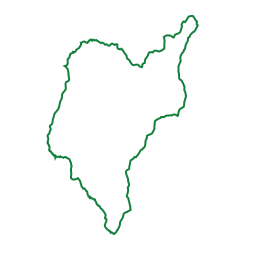 Salento, Quindío, Colombia, rotated 353°
{"feature_id": "7082276B37195114642514", "entity_name": "Salento", "entity_type": "district", "adm_level": 2, "iso_a3": "COL", "parent_name": "Colombia", "parent_adm1": "Quindío", "projection": "equal_earth", "projection_center": [-75.548, 4.594], "detail": "fine", "context": "isolated", "style": "outline", "palette": "green", "viewbox_px": 256, "rotation_deg": 353, "n_neighbors": 0, "source": "geoboundaries", "source_scale": "gbopen_adm2", "svg_char_len": 5703}
<svg xmlns="http://www.w3.org/2000/svg" viewBox="0 0 256 256"><g transform="rotate(353 128 128)"><path d="M46.3,132.8L46.7,133.1L46.6,133.5L46.6,133.8L46.9,134.1L47.1,135.1L47.4,135.3L47.4,135.8L47.6,135.9L47.6,136.4L47.8,136.8L47.9,137.2L47.5,138.4L47.4,139.7L47.0,140.4L47.2,140.9L47.4,141.1L47.6,141.0L48.1,141.4L48.0,141.7L48.3,142.1L48.7,142.2L49.0,142.9L49.0,143.1L49.4,143.8L49.5,143.7L50.1,144.1L50.6,145.8L51.1,146.2L51.9,146.6L51.8,147.2L52.0,147.2L52.0,146.9L52.3,146.6L52.4,146.2L52.6,146.3L52.4,148.5L52.7,148.1L53.4,148.2L54.4,147.9L55.4,147.9L56.2,148.5L56.5,148.6L57.0,148.4L57.4,148.0L57.7,148.5L58.3,148.6L60.3,149.7L61.0,149.3L61.9,149.1L62.5,149.2L63.0,149.5L63.4,150.2L64.2,150.5L65.6,151.5L66.1,152.2L66.5,153.3L66.6,154.3L67.2,155.6L67.1,157.8L67.4,158.8L67.4,159.3L66.7,160.4L66.4,161.7L66.2,163.4L66.2,166.3L65.4,169.9L65.4,171.0L66.8,172.2L67.6,172.5L70.0,172.5L72.2,171.7L74.0,174.8L74.4,177.6L74.7,178.7L74.7,179.9L75.0,180.8L75.7,181.7L76.2,182.8L77.1,182.6L77.5,182.7L78.6,185.0L79.1,185.7L79.7,186.1L79.8,188.8L80.5,191.2L81.3,191.2L82.3,191.9L82.4,192.4L81.5,192.7L81.5,193.0L81.9,193.2L83.7,193.3L84.2,193.6L84.9,194.5L85.4,194.7L86.1,194.6L86.4,194.8L86.5,195.2L86.5,195.3L86.1,195.1L86.8,196.7L87.3,197.7L87.8,200.0L88.8,200.7L89.0,201.0L89.2,201.8L90.4,202.3L90.7,203.6L91.0,204.2L92.6,206.1L93.4,207.3L94.8,210.2L95.1,211.2L95.1,212.4L94.1,214.7L94.4,215.2L95.2,215.5L95.6,216.3L95.1,217.9L94.0,219.9L93.1,221.7L93.3,223.3L94.3,225.1L95.7,226.7L96.3,227.3L96.7,227.8L97.6,228.1L97.8,228.7L97.9,229.7L98.1,230.0L98.4,230.0L99.0,229.6L99.7,229.9L99.9,230.0L100.3,230.8L100.7,231.1L101.0,231.5L102.9,230.5L103.5,229.9L104.4,228.5L104.9,228.2L105.7,227.2L107.3,224.9L108.1,223.2L108.7,220.4L112.1,215.9L113.0,213.3L113.6,212.3L116.0,211.3L116.9,211.3L118.3,210.4L120.1,210.0L120.6,209.6L120.5,207.1L120.8,205.8L120.4,204.5L120.3,202.0L119.8,199.3L119.8,198.0L119.7,197.5L118.6,196.0L118.5,195.4L118.8,194.4L119.7,192.7L120.6,189.7L120.5,187.0L121.2,186.2L121.7,185.7L122.2,184.7L121.9,181.7L121.6,180.5L121.9,179.2L121.8,178.4L120.8,174.3L120.5,171.9L120.8,170.9L121.4,170.0L122.6,169.4L123.7,169.1L124.2,168.6L124.5,166.8L125.2,165.0L126.2,161.7L126.6,160.6L127.5,160.0L128.3,159.8L129.5,158.9L130.1,158.7L130.9,157.6L131.7,157.9L132.4,157.9L135.0,155.4L138.0,151.5L139.9,150.8L140.3,150.2L141.6,149.3L142.3,148.6L143.0,147.0L143.9,142.7L144.5,141.9L144.9,140.9L145.5,140.4L145.7,138.6L145.9,138.1L147.3,137.4L148.7,137.2L151.2,136.3L151.6,135.9L151.9,135.2L152.3,134.8L153.7,132.9L154.2,131.4L154.3,130.1L154.7,128.5L154.9,127.3L155.7,124.3L156.5,123.8L159.2,122.6L161.5,122.0L162.3,121.1L165.2,121.5L166.4,120.8L167.6,120.4L168.4,120.4L169.4,120.6L171.9,120.5L173.1,120.9L174.1,120.3L176.0,120.3L177.1,120.7L178.7,122.0L179.3,121.4L180.1,118.4L181.0,116.6L181.4,116.0L182.2,115.4L185.5,114.0L185.9,113.7L186.7,111.1L187.0,109.3L187.2,108.6L188.1,107.1L188.2,106.4L189.2,104.3L189.4,103.5L189.4,102.1L189.2,99.5L188.5,97.0L189.1,94.3L188.7,92.9L188.6,91.9L187.0,87.5L186.5,86.9L185.2,86.0L184.9,85.0L184.9,84.0L185.0,82.5L185.2,80.7L184.9,77.9L185.4,75.6L185.5,73.2L188.5,67.8L188.4,64.9L189.1,62.7L191.1,60.0L192.3,59.2L193.1,57.2L194.0,56.8L194.2,56.4L195.4,52.6L196.7,50.4L198.0,48.8L198.2,48.1L198.5,46.2L198.8,45.7L199.3,45.5L200.0,45.4L200.3,44.6L201.3,43.1L202.6,42.1L203.7,41.0L205.0,40.6L207.1,38.8L207.2,38.3L207.3,38.0L208.8,36.2L209.7,34.6L209.0,33.8L208.9,32.8L209.0,32.0L209.5,30.9L208.3,29.3L207.3,27.0L206.0,24.7L203.7,24.5L202.1,24.8L201.6,25.0L199.0,28.3L197.5,29.9L196.5,29.1L196.0,29.1L195.7,29.3L194.2,31.2L193.9,32.0L194.0,33.5L193.0,36.0L191.6,39.0L190.1,40.1L186.1,41.1L184.3,43.8L184.0,43.7L183.6,43.0L182.6,42.6L181.4,41.5L178.8,40.9L177.8,40.8L177.2,40.9L174.7,42.0L174.9,44.3L175.0,45.9L174.3,48.9L174.2,50.5L173.9,51.6L173.9,52.9L173.7,53.5L173.1,54.1L172.1,54.4L171.0,55.2L170.0,55.3L168.5,55.8L167.7,55.7L165.8,54.8L164.3,54.5L162.9,54.9L161.7,56.1L160.9,55.6L160.3,55.5L159.3,55.7L158.4,55.5L157.3,56.9L156.6,58.4L153.6,61.8L152.9,63.7L152.5,65.5L151.3,65.8L150.3,66.3L149.9,67.1L149.6,68.8L149.1,69.3L146.9,68.3L145.9,66.6L145.4,66.3L143.8,66.1L141.0,66.3L140.4,66.0L139.4,64.9L138.2,62.6L137.7,60.9L135.8,59.1L135.4,58.5L135.4,56.3L135.1,55.4L134.6,54.6L133.7,53.3L133.3,52.5L132.6,50.7L131.3,48.7L131.1,48.5L130.5,49.0L129.8,49.0L129.3,48.9L129.1,48.5L127.9,48.2L127.6,47.9L127.4,47.3L127.2,45.8L127.7,44.2L127.4,43.8L127.0,43.5L126.4,43.3L125.4,43.8L124.6,43.9L123.1,42.5L122.3,42.3L121.4,42.6L120.4,43.6L119.8,43.9L119.4,44.0L118.6,43.9L118.2,43.6L117.6,42.8L117.1,42.4L116.3,42.3L115.5,42.6L114.5,41.3L112.9,40.1L111.8,40.4L111.3,40.3L110.7,39.7L110.0,39.3L109.2,38.4L108.0,37.8L107.5,37.0L107.2,36.8L106.7,36.8L105.9,37.1L105.5,37.0L104.6,36.2L104.1,36.2L103.8,36.3L103.2,36.9L102.9,36.4L102.0,35.6L101.3,36.2L100.4,36.2L99.6,37.3L98.7,37.7L98.4,38.3L98.1,38.5L97.6,38.5L96.5,37.7L94.9,36.8L93.9,36.9L92.1,37.7L91.6,37.7L91.6,39.5L91.4,40.0L90.6,40.7L89.7,42.0L89.1,42.6L86.4,43.9L85.2,45.6L84.7,45.8L84.3,46.3L82.7,45.7L82.4,46.8L81.8,46.7L80.5,47.2L79.9,47.3L78.2,51.1L77.7,51.7L76.8,52.0L76.4,52.5L76.3,53.0L76.3,54.1L76.1,55.1L76.1,56.1L75.8,57.1L75.0,58.1L74.5,58.5L73.4,58.6L72.7,58.8L73.5,59.4L75.1,61.8L75.5,63.8L75.6,65.7L75.4,69.4L75.6,72.1L75.5,72.9L74.8,73.9L73.8,74.4L72.7,74.6L72.1,75.0L71.7,75.6L71.3,77.0L71.2,80.5L70.8,82.0L70.4,82.7L68.2,84.7L66.9,86.3L66.6,87.2L65.9,90.6L64.6,92.4L63.5,94.6L62.5,97.6L62.3,98.2L62.2,98.2L62.3,98.2L62.0,98.9L61.4,100.3L60.9,101.0L56.9,104.7L54.4,110.7L53.6,113.7L52.5,115.3L51.3,115.9L50.7,116.6L50.6,117.4L51.1,118.8L51.1,119.8L49.9,122.0L49.1,124.1L48.0,124.7L47.4,125.7L47.2,126.5L47.6,128.4L47.5,129.6L46.3,132.8Z" fill="none" stroke="#15803d" stroke-width="2"/></g></svg>